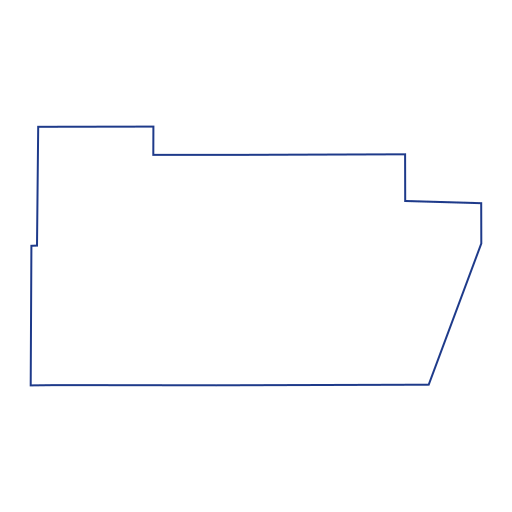 Pershing, Nevada, United States of America
{"feature_id": "52423323B94206551608777", "entity_name": "Pershing", "entity_type": "district", "adm_level": 2, "iso_a3": "USA", "parent_name": "United States of America", "parent_adm1": "Nevada", "projection": "robinson", "projection_center": [-118.513, 40.48], "detail": "fine", "context": "isolated", "style": "outline", "palette": "blue", "viewbox_px": 512, "rotation_deg": 0, "n_neighbors": 0, "source": "geoboundaries", "source_scale": "gbopen_adm2", "svg_char_len": 301}
<svg xmlns="http://www.w3.org/2000/svg" viewBox="0 0 512 512"><path d="M56.0,385.1L216.3,385.3L428.7,384.7L481.3,243.5L481.2,203.2L405.2,201.0L405.1,154.3L230.1,154.9L153.3,154.9L153.4,126.6L38.2,126.8L37.0,245.6L31.4,245.8L30.7,385.4L56.0,385.1Z" fill="none" stroke="#1e3a8a" stroke-width="2"/></svg>